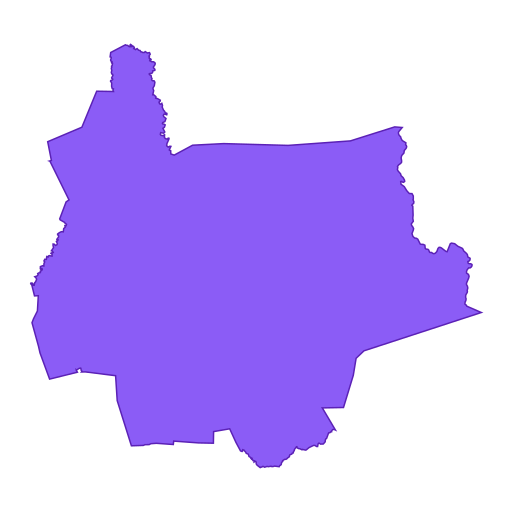 Huajicori, Nayarit, Mexico
{"feature_id": "50627088B78255939037142", "entity_name": "Huajicori", "entity_type": "district", "adm_level": 2, "iso_a3": "MEX", "parent_name": "Mexico", "parent_adm1": "Nayarit", "projection": "albers", "projection_center": [-105.24, 22.811], "detail": "fine", "context": "isolated", "style": "filled", "palette": "violet", "viewbox_px": 512, "rotation_deg": 0, "n_neighbors": 0, "source": "geoboundaries", "source_scale": "gbopen_adm2", "svg_char_len": 5922}
<svg xmlns="http://www.w3.org/2000/svg" viewBox="0 0 512 512"><path d="M402.2,127.5L394.7,126.9L350.4,140.9L288.1,145.4L223.7,143.6L192.6,145.2L174.2,155.1L170.8,153.9L170.7,150.7L169.4,150.2L169.4,149.6L170.9,146.4L169.9,146.2L168.2,147.1L166.7,145.8L166.9,143.7L168.9,139.2L169.0,138.3L168.2,138.1L167.3,139.1L165.6,138.7L164.4,137.5L164.6,134.8L164.2,134.7L163.6,135.7L163.2,135.7L161.0,135.3L160.3,134.4L160.7,132.6L163.7,133.2L164.8,132.0L162.9,128.3L164.4,127.3L165.2,124.9L164.4,124.3L162.7,123.9L162.4,123.3L162.8,122.5L164.9,121.6L166.0,118.5L163.7,116.6L163.3,115.3L164.0,114.2L165.1,114.2L166.7,114.8L167.0,113.9L166.7,113.2L165.3,112.8L164.6,111.3L163.5,110.1L162.2,107.1L162.5,105.4L161.8,103.3L160.6,104.2L159.6,103.8L159.0,102.1L160.2,101.1L160.3,100.2L157.5,98.6L155.9,98.3L155.6,98.1L156.0,97.1L155.8,96.5L153.5,94.6L152.8,94.7L153.7,90.6L153.0,88.8L153.1,87.7L154.3,85.8L154.9,82.2L154.1,80.8L152.4,80.7L151.8,80.0L151.6,79.5L152.0,78.6L151.4,77.5L151.1,75.6L149.6,74.7L149.2,74.0L150.1,73.4L151.8,73.4L152.8,71.9L152.6,70.9L154.8,70.4L154.9,69.3L153.5,67.8L153.4,67.0L155.0,64.7L155.2,63.3L154.8,62.6L153.6,61.8L151.5,61.7L149.7,60.7L150.0,59.8L150.5,59.5L151.0,59.7L151.1,59.4L150.5,58.8L149.6,58.7L149.1,57.9L149.5,56.9L149.0,56.1L150.2,54.2L149.5,52.6L147.4,53.0L145.2,51.6L144.3,52.5L142.7,52.5L141.8,51.9L140.8,51.8L140.1,50.5L138.6,50.2L137.1,48.6L135.4,49.6L134.6,48.8L133.7,48.6L134.3,47.5L133.5,46.3L131.6,46.6L131.5,46.2L132.0,45.5L130.6,44.4L130.0,45.1L130.3,46.5L130.1,46.8L128.9,46.5L127.7,45.4L126.1,45.2L125.4,44.8L110.7,52.5L110.1,56.9L111.2,57.3L111.2,58.2L110.6,60.0L111.0,61.1L111.9,61.6L111.5,62.4L111.7,63.0L112.4,63.0L112.5,63.3L112.2,65.4L111.5,66.2L111.8,67.1L111.3,68.2L111.8,70.5L111.3,72.4L111.8,74.0L112.6,74.3L112.9,75.4L111.6,77.9L111.9,78.5L112.6,78.9L112.7,79.5L111.6,80.4L110.8,80.5L110.5,81.1L111.7,83.0L111.6,86.3L112.2,88.6L113.4,88.9L113.0,90.1L113.5,91.5L96.7,91.2L81.9,127.2L47.7,141.7L51.4,160.5L49.6,161.0L49.9,161.1L69.0,199.9L66.1,201.9L59.7,218.9L60.2,219.9L64.6,222.4L65.1,223.3L66.5,224.3L66.1,225.7L64.9,225.6L65.2,227.2L63.7,228.6L63.3,231.8L61.3,231.7L59.3,232.7L57.6,234.0L57.6,234.8L58.5,235.4L58.6,237.0L56.8,239.3L57.2,240.3L57.5,239.8L58.0,239.8L57.7,240.7L56.4,241.4L57.3,243.4L57.2,244.2L56.7,244.9L55.4,245.4L54.3,244.2L53.1,244.0L53.0,245.2L53.5,247.7L51.4,250.8L52.5,251.2L53.2,252.5L51.1,253.0L50.9,253.4L52.1,254.2L52.0,256.1L49.2,255.6L48.6,255.9L48.1,257.0L46.9,256.4L46.7,256.7L46.4,259.4L45.9,259.5L44.9,259.2L44.0,260.7L44.1,261.3L44.7,261.9L44.0,263.4L43.8,266.0L42.6,265.7L40.4,266.6L40.3,268.8L40.7,269.3L41.4,268.5L42.0,268.6L42.3,269.3L41.9,270.2L40.2,271.3L40.5,272.0L40.1,272.7L38.5,273.0L37.7,273.6L38.1,274.4L37.7,275.3L36.6,276.2L34.8,276.7L36.3,278.3L36.6,279.3L35.6,281.8L34.7,282.7L34.2,285.3L33.3,285.3L32.8,283.6L32.3,283.1L31.0,283.0L30.7,283.7L31.8,285.0L34.5,295.9L38.3,295.7L37.4,311.0L33.5,318.8L32.0,322.7L38.5,346.3L40.0,352.9L49.6,379.1L77.4,372.2L76.3,370.4L76.2,369.7L76.6,370.0L79.1,368.4L80.5,368.1L80.8,368.2L81.2,370.4L82.0,371.3L81.5,372.0L85.3,371.9L115.6,375.7L117.2,400.6L131.4,445.8L143.5,445.4L144.8,444.7L149.2,444.6L150.8,443.7L156.4,443.3L173.3,444.5L173.7,441.1L198.4,442.9L213.4,443.2L213.6,431.6L229.7,428.8L235.9,442.3L240.5,450.9L242.1,451.5L242.5,451.1L242.8,449.7L244.0,450.1L244.3,450.7L245.6,452.0L246.2,453.3L248.3,454.2L249.0,456.5L250.9,457.6L250.9,458.3L252.1,458.4L251.7,459.3L252.6,459.7L253.0,460.6L254.2,460.8L254.1,462.0L255.3,461.3L255.8,461.5L256.2,462.5L256.2,463.9L257.1,465.2L260.2,467.6L260.8,467.1L261.8,467.1L262.5,466.5L263.1,466.4L264.6,467.2L267.1,466.4L268.3,466.7L271.0,466.2L271.2,466.5L272.9,466.6L274.6,466.1L279.2,466.7L279.8,465.5L280.7,465.1L281.2,464.5L281.6,462.4L282.7,461.5L282.6,460.7L284.6,459.4L286.0,459.3L287.1,458.6L287.3,458.2L289.4,456.7L289.5,455.6L289.9,454.8L291.8,454.1L292.1,453.3L293.3,452.9L293.3,452.1L294.3,450.5L294.5,449.4L296.5,446.7L296.9,446.7L297.1,447.8L298.6,448.6L300.0,448.8L302.0,449.8L302.4,449.4L305.5,450.1L306.3,449.9L309.0,447.6L313.6,445.4L314.8,445.4L316.6,446.5L317.6,446.5L318.1,443.9L318.7,443.2L319.3,443.2L320.5,444.1L323.3,444.0L325.2,441.8L325.3,440.1L325.8,438.9L326.6,438.4L328.6,432.9L329.9,432.7L330.9,431.7L331.6,431.8L331.8,430.6L332.7,429.6L334.0,429.4L335.4,430.0L322.3,407.9L343.5,407.5L353.3,375.3L356.1,358.3L364.0,350.8L481.3,312.5L466.8,306.2L466.3,305.1L465.4,304.6L464.9,303.9L465.2,301.7L465.8,300.8L466.1,298.9L465.6,297.2L465.8,294.9L467.2,292.5L467.4,291.6L467.2,290.4L467.8,288.0L467.4,286.1L466.5,284.6L466.5,283.2L468.7,278.0L469.1,276.2L468.4,274.3L466.6,273.2L466.5,271.5L467.1,269.9L468.6,267.9L470.1,267.9L471.3,267.0L472.0,265.8L472.0,264.5L470.9,263.8L468.8,263.6L468.1,263.1L467.9,261.5L469.0,261.1L470.0,260.0L470.1,258.3L467.8,256.9L467.4,254.7L466.6,253.5L463.7,250.9L462.8,248.9L462.1,248.2L457.9,246.3L454.7,243.7L451.5,243.1L450.3,243.7L447.1,251.7L445.9,251.4L441.4,247.9L440.3,247.4L439.1,247.3L438.0,248.4L436.8,251.6L435.3,253.2L433.9,253.7L432.6,253.3L431.7,252.5L430.1,252.5L429.6,252.2L428.6,249.9L427.9,249.3L426.1,249.1L425.2,248.3L424.9,245.2L423.3,244.4L420.9,244.3L420.2,244.0L417.8,239.2L416.5,238.3L414.6,238.0L412.9,236.4L412.0,233.6L413.3,230.1L413.6,228.6L412.4,226.2L411.7,225.7L411.3,223.9L413.3,221.3L412.8,218.3L413.1,215.1L412.8,206.2L411.9,205.4L412.3,204.4L413.6,203.5L413.9,201.8L413.0,199.7L413.3,199.3L413.3,196.0L412.0,193.6L409.4,193.5L408.7,192.9L406.7,190.6L404.3,186.7L401.0,184.2L400.7,181.5L401.5,181.4L403.0,182.3L403.6,182.3L404.7,181.4L404.5,180.1L403.2,177.7L401.1,175.7L400.6,173.9L398.1,171.0L397.4,169.7L397.8,167.4L397.5,166.5L398.5,165.0L400.7,163.4L401.6,162.2L401.6,160.6L401.1,157.9L401.7,155.5L403.9,153.1L404.3,150.5L406.1,148.4L406.7,146.8L406.3,145.4L405.6,144.8L405.9,142.8L402.2,140.5L401.0,138.3L400.7,136.9L399.2,135.3L398.6,134.1L398.4,132.7L398.7,131.7L402.2,127.5Z" fill="#8b5cf6" stroke="#5b21b6" stroke-width="1.5"/></svg>